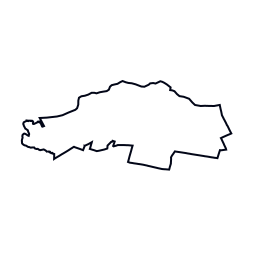 Comuna 4, Ciudad de Buenos Aires, Argentina, rotated 201°
{"feature_id": "61730980B82066929031844", "entity_name": "Comuna 4", "entity_type": "district", "adm_level": 2, "iso_a3": "ARG", "parent_name": "Argentina", "parent_adm1": "Ciudad de Buenos Aires", "projection": "natural_earth1", "projection_center": [-58.377, -34.64], "detail": "fine", "context": "isolated", "style": "outline", "palette": "ink", "viewbox_px": 256, "rotation_deg": 201, "n_neighbors": 0, "source": "geoboundaries", "source_scale": "gbopen_adm2", "svg_char_len": 4837}
<svg xmlns="http://www.w3.org/2000/svg" viewBox="0 0 256 256"><g transform="rotate(201 128 128)"><path d="M50.6,182.4L55.5,179.4L60.4,177.6L64.4,176.2L68.0,174.6L73.7,173.5L77.1,174.9L81.4,177.2L87.2,177.1L91.4,176.2L94.4,177.2L97.8,179.0L100.1,179.0L102.2,178.5L102.8,181.2L104.5,181.7L107.4,182.6L110.5,183.2L112.6,183.4L114.6,183.2L118.2,179.4L120.6,179.0L123.3,177.6L124.2,175.8L127.5,172.4L130.4,171.5L136.5,171.5L140.5,171.1L143.8,170.2L146.5,169.9L149.9,169.9L151.7,168.0L153.6,165.5L156.5,163.6L158.6,162.1L159.6,160.1L159.6,156.9L161.1,154.8L164.1,153.1L167.1,151.3L169.8,149.1L172.1,148.8L174.6,147.8L177.0,145.0L179.8,142.7L182.9,140.9L184.6,138.7L184.2,135.8L182.8,132.0L182.6,128.2L183.7,126.1L189.0,121.2L193.7,116.5L198.4,113.3L207.5,108.6L214.0,105.7L207.1,99.7L208.3,98.6L208.7,98.6L211.2,101.2L211.6,101.2L212.3,101.7L212.8,102.4L214.5,101.6L214.6,101.3L214.4,101.2L214.2,101.1L214.7,100.8L215.0,100.4L217.3,98.0L218.0,97.8L218.3,98.0L218.7,99.7L218.9,99.9L219.0,99.9L219.3,100.1L219.5,100.2L219.8,100.1L219.9,100.4L220.2,100.4L220.5,100.1L220.7,99.9L221.2,99.7L221.3,100.0L223.8,99.1L223.7,98.7L224.8,98.4L224.9,98.8L225.3,98.7L225.1,98.3L225.8,97.7L227.1,96.3L227.3,96.0L227.4,95.8L227.4,95.6L227.3,95.4L227.3,95.1L227.3,94.7L227.3,94.4L227.2,94.2L227.0,93.9L226.6,93.6L226.4,93.4L226.3,93.1L226.2,93.0L226.0,92.7L225.7,92.5L223.8,90.8L223.6,90.6L223.3,90.6L222.9,90.5L222.7,90.5L222.4,90.4L221.3,90.1L221.2,90.0L220.9,89.9L220.7,89.9L220.6,89.7L220.3,89.4L220.0,89.0L219.8,88.7L219.5,88.4L219.2,88.1L218.9,87.8L218.6,87.6L218.3,87.2L218.1,86.9L217.9,85.1L218.2,85.1L218.8,85.1L219.2,85.2L220.5,85.5L221.0,85.6L221.4,85.7L222.1,85.7L222.5,85.7L222.8,85.6L223.1,85.4L223.2,85.2L223.3,85.1L223.4,84.7L223.5,84.5L223.8,84.2L223.9,83.9L223.9,83.6L223.9,83.4L223.8,82.9L223.7,82.7L223.6,82.2L223.3,81.9L223.2,81.7L223.1,81.4L222.9,81.1L222.9,80.7L222.9,80.3L222.8,79.7L222.8,79.3L222.7,78.9L222.7,78.5L222.6,78.3L222.5,78.0L222.4,77.7L222.2,77.5L222.1,77.3L222.0,77.0L221.9,76.8L221.8,76.5L221.7,76.3L221.6,76.0L221.4,75.8L221.1,75.5L220.7,75.4L220.4,75.2L220.1,75.1L219.8,75.0L219.6,75.0L219.0,74.8L218.6,74.8L218.2,74.8L217.8,74.8L217.5,74.9L217.0,75.0L216.6,74.9L216.2,74.9L215.9,74.8L215.5,74.7L215.1,74.6L214.8,74.6L214.4,74.6L214.1,74.6L213.6,74.7L213.3,74.8L212.9,74.8L212.1,74.8L211.8,74.8L211.7,74.8L211.3,75.0L211.1,75.2L208.7,76.2L207.5,75.5L205.9,75.6L204.8,76.2L204.7,76.2L203.2,75.8L202.6,75.9L202.3,75.8L202.0,75.9L201.9,75.9L199.0,77.8L196.9,77.5L194.6,76.6L194.8,76.8L194.6,77.1L194.0,77.5L193.4,77.5L192.7,77.3L192.5,77.9L192.4,77.9L192.1,77.8L191.7,77.3L190.8,77.0L189.8,77.7L189.7,77.7L189.4,77.1L187.6,77.3L187.5,77.0L186.9,75.5L186.3,73.8L185.9,72.6L185.4,73.3L185.2,73.6L182.9,76.5L182.3,77.2L180.3,79.9L180.1,80.1L179.3,81.1L177.4,83.5L175.4,86.1L175.2,86.4L174.7,87.1L174.4,87.5L174.2,87.8L174.0,88.1L173.5,88.7L172.7,89.8L172.0,90.8L171.7,91.1L171.0,91.0L165.0,91.2L162.0,91.2L162.0,91.9L162.0,95.9L162.1,96.0L161.8,96.1L159.1,98.9L158.7,99.4L157.1,101.3L156.7,101.8L156.6,101.1L156.6,100.6L156.6,100.2L156.4,98.4L156.1,95.2L156.1,94.8L152.9,95.0L152.4,95.1L148.9,95.2L146.9,96.4L142.6,99.3L142.2,99.6L140.0,101.4L140.1,102.0L140.8,104.2L140.8,104.3L139.1,108.1L139.0,108.4L139.0,108.5L138.9,108.7L138.8,108.9L137.9,109.5L137.8,109.8L137.8,110.5L135.6,110.6L135.5,108.8L135.4,105.1L135.3,105.3L134.6,105.9L132.8,107.2L131.3,108.5L130.1,108.9L127.3,110.0L125.1,110.8L123.6,111.3L122.8,111.6L121.0,112.2L120.6,112.3L119.1,112.7L117.4,113.2L117.1,109.6L117.0,109.0L116.8,106.8L116.4,102.1L116.0,98.6L115.8,96.3L113.8,96.3L111.7,96.8L109.6,97.2L107.5,97.7L104.6,98.3L104.4,98.4L101.0,99.1L98.4,99.5L96.5,99.8L96.0,99.8L93.4,100.2L91.1,100.5L86.9,101.1L85.2,101.3L84.7,101.4L81.5,101.9L79.4,102.5L78.5,102.8L78.2,102.9L75.1,103.8L74.7,103.9L74.7,104.5L75.0,106.8L75.0,107.2L75.2,110.1L75.3,110.3L76.5,114.1L77.1,115.6L77.3,115.9L77.2,117.1L76.9,118.6L76.4,120.4L76.3,121.0L75.8,123.0L75.0,123.1L74.5,123.2L71.9,123.8L69.2,124.4L66.0,125.1L64.1,125.5L63.8,125.5L61.4,126.0L61.1,126.1L59.7,126.3L59.3,126.4L58.8,126.5L56.5,127.0L51.4,128.1L48.5,128.7L48.2,128.8L46.0,129.2L44.8,129.5L43.5,129.8L42.4,130.0L41.7,130.2L41.3,130.2L39.9,130.5L38.9,130.7L38.6,130.8L38.2,130.9L36.6,131.2L36.1,131.3L35.6,131.5L34.2,131.8L33.7,131.9L33.8,133.3L33.9,135.0L34.0,136.5L34.1,138.0L34.2,140.3L33.2,140.5L31.5,141.4L31.4,141.5L28.6,143.0L29.4,144.1L30.9,145.5L32.5,147.0L32.7,147.3L34.5,149.0L36.8,151.2L37.2,151.6L37.6,151.9L36.5,153.1L34.4,155.2L32.5,157.1L31.1,158.4L29.6,159.9L32.3,162.3L34.2,164.1L34.4,164.3L35.6,165.4L35.8,165.6L36.6,166.1L36.8,166.2L37.0,166.5L39.1,168.5L39.4,168.7L40.6,169.8L40.8,170.0L41.1,170.2L42.5,171.4L42.7,171.7L43.8,172.6L44.1,172.9L44.9,173.6L45.5,174.6L46.9,176.8L48.3,178.8L48.5,179.1L49.0,179.9L50.3,181.9L50.6,182.4Z" fill="none" stroke="#020617" stroke-width="2"/></g></svg>